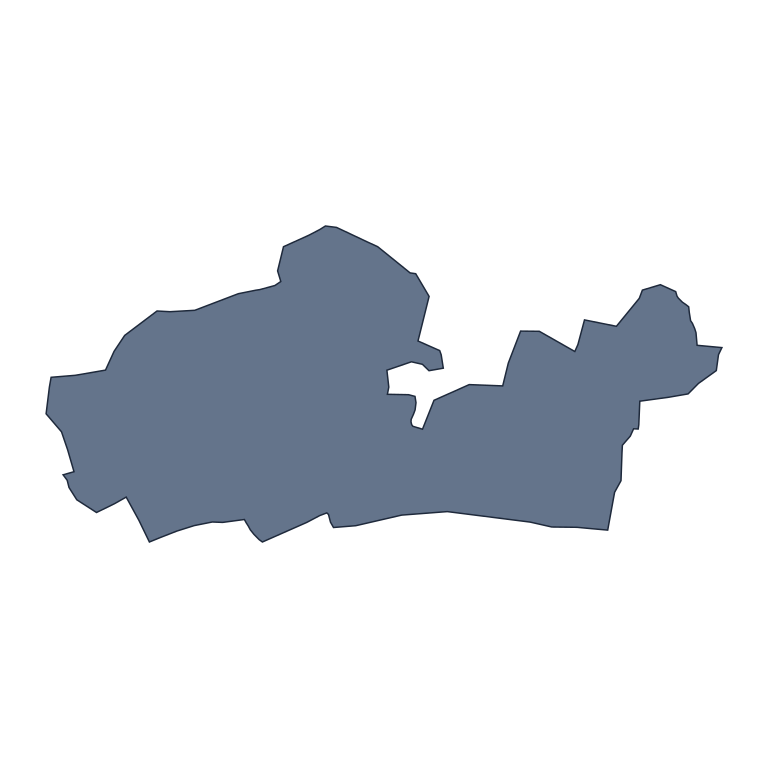 outline of Kazaure, Jigawa, Nigeria
{"feature_id": "59680162B26576505992161", "entity_name": "Kazaure", "entity_type": "district", "adm_level": 2, "iso_a3": "NGA", "parent_name": "Nigeria", "parent_adm1": "Jigawa", "projection": "albers", "projection_center": [8.533, 12.668], "detail": "fine", "context": "isolated", "style": "filled", "palette": "slate", "viewbox_px": 768, "rotation_deg": 0, "n_neighbors": 0, "source": "geoboundaries", "source_scale": "gbopen_adm2", "svg_char_len": 1655}
<svg xmlns="http://www.w3.org/2000/svg" viewBox="0 0 768 768"><path d="M46.1,413.8L61.5,431.8L67.6,449.7L74.0,471.7L63.1,474.8L67.2,480.3L69.0,487.5L76.8,499.8L96.5,512.5L114.5,503.7L126.2,497.1L139.0,520.5L149.4,542.0L160.4,537.5L176.8,531.1L194.2,525.6L212.3,522.0L222.7,522.4L244.4,519.5L246.2,522.8L248.2,525.9L250.3,529.8L253.9,534.3L259.1,539.6L262.4,542.0L306.8,522.4L319.7,515.6L326.8,512.9L328.5,514.5L330.5,522.2L333.5,527.5L355.8,525.7L401.7,515.1L422.7,513.5L447.3,511.6L530.2,522.1L551.8,527.0L577.0,527.3L591.8,528.7L607.7,530.1L614.6,492.3L621.0,480.7L622.0,452.6L622.4,445.2L630.3,436.1L633.6,428.8L636.0,428.9L638.2,429.0L638.8,424.8L639.8,401.2L669.0,397.2L688.1,393.9L698.5,383.4L716.3,370.6L718.5,354.7L721.9,347.6L697.1,345.3L696.0,332.7L694.7,328.6L692.4,323.3L690.6,320.7L689.9,316.2L689.3,312.5L688.7,306.8L685.9,304.6L682.4,302.2L678.3,298.1L677.0,296.1L675.7,291.6L660.4,284.7L642.4,290.1L639.3,298.3L616.4,326.3L584.5,319.9L577.9,344.6L574.8,351.5L539.3,331.3L520.6,331.1L508.3,363.1L502.7,385.9L469.2,384.6L434.0,400.3L422.5,429.2L412.9,426.3L411.7,424.7L411.0,421.8L411.2,419.3L413.5,414.2L415.1,409.9L416.0,402.7L415.0,396.4L408.6,394.7L387.4,394.3L388.8,387.1L386.9,370.2L411.4,361.8L422.4,364.3L429.0,370.7L443.3,368.2L441.2,354.8L439.7,350.6L418.0,341.0L429.1,296.4L415.7,273.7L410.1,272.9L377.7,246.7L366.8,241.7L336.5,227.4L325.4,226.0L320.0,229.4L308.9,235.2L283.5,246.7L277.6,270.9L280.8,281.5L274.9,285.5L259.8,289.6L255.8,290.2L238.3,293.7L194.8,310.3L170.0,311.7L157.0,311.0L124.7,335.4L114.1,351.3L105.5,370.1L75.3,375.3L51.1,377.3L49.4,387.0L46.1,413.8Z" fill="#64748b" stroke="#1e293b" stroke-width="1.5"/></svg>